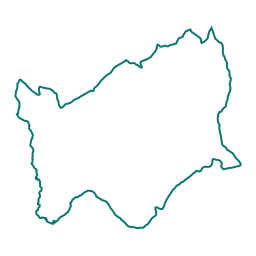 Kimilili, Western, Kenya (Robinson projection)
{"feature_id": "3690345B99583391945286", "entity_name": "Kimilili", "entity_type": "district", "adm_level": 2, "iso_a3": "KEN", "parent_name": "Kenya", "parent_adm1": "Western", "projection": "robinson", "projection_center": [34.729, 0.788], "detail": "fine", "context": "isolated", "style": "outline", "palette": "teal", "viewbox_px": 256, "rotation_deg": 0, "n_neighbors": 0, "source": "geoboundaries", "source_scale": "gbopen_adm2", "svg_char_len": 5722}
<svg xmlns="http://www.w3.org/2000/svg" viewBox="0 0 256 256"><path d="M36.2,213.0L36.8,214.7L37.9,215.4L38.9,216.4L39.6,217.8L41.0,218.2L41.9,217.5L43.2,217.6L44.5,218.0L45.8,218.0L45.5,219.4L46.8,219.9L46.7,221.1L47.9,222.0L49.2,222.6L50.7,222.9L51.6,223.5L52.8,223.8L53.4,221.0L54.7,221.1L55.0,222.5L56.2,221.4L58.1,220.2L58.7,218.7L60.0,217.8L60.9,216.7L62.0,216.4L64.1,215.2L65.2,214.2L66.7,213.1L68.2,211.7L69.6,209.0L70.9,205.6L70.7,204.3L70.2,203.2L71.5,201.8L72.2,200.2L72.9,199.4L73.8,198.9L74.5,198.0L75.7,197.2L77.3,197.4L79.6,195.7L81.0,195.3L82.2,194.4L83.0,193.4L84.0,192.7L85.2,192.0L86.6,191.4L87.5,190.8L89.0,190.7L90.4,191.0L91.7,191.0L93.3,192.0L94.4,192.9L95.3,194.1L96.0,195.5L96.4,196.7L97.6,197.1L99.5,198.6L100.7,199.0L101.5,199.8L102.6,200.3L104.0,200.6L106.3,201.7L107.2,202.5L107.8,203.7L108.7,204.4L110.0,207.2L110.9,208.6L111.9,209.6L113.0,211.3L113.9,212.4L115.5,215.4L116.8,215.8L117.7,216.7L118.8,217.5L120.1,218.0L121.7,220.1L122.7,220.8L125.6,223.4L126.8,224.9L128.0,226.0L129.3,226.7L132.0,227.2L133.8,227.2L136.7,228.0L137.9,228.1L139.3,228.0L140.5,227.6L143.0,227.8L144.5,226.7L145.9,225.2L147.2,224.5L148.2,223.8L148.8,222.6L150.7,220.2L152.2,217.9L154.5,216.4L155.9,215.3L156.3,213.5L156.0,211.1L155.5,209.3L155.3,207.8L156.3,207.2L157.7,207.7L158.8,208.4L159.9,208.8L161.0,209.1L162.4,208.9L163.5,207.3L164.3,205.5L164.7,203.8L165.3,202.2L166.3,200.4L166.8,199.4L168.8,196.1L169.6,194.8L170.4,193.9L171.9,191.3L172.9,189.8L174.1,188.9L175.4,187.6L176.3,186.1L177.6,185.1L178.7,184.8L179.8,183.9L180.5,182.8L181.7,182.3L182.9,181.9L184.0,181.0L185.5,179.6L189.5,176.7L190.6,175.9L192.8,173.8L194.8,172.4L196.3,170.9L197.9,171.1L199.0,171.5L200.4,171.1L201.2,170.3L202.0,168.6L203.3,167.2L204.8,166.8L206.2,166.8L208.5,166.9L210.0,166.6L211.1,165.5L211.8,164.4L212.3,163.2L212.5,160.3L213.0,159.1L214.3,159.2L218.0,160.1L219.3,160.3L221.3,162.2L221.8,163.6L221.7,164.9L221.2,165.9L221.6,167.1L222.4,168.3L223.5,169.3L228.8,168.1L231.4,167.8L236.3,166.6L239.4,165.9L240.6,165.2L240.6,163.5L239.5,162.0L238.5,160.5L236.4,158.7L235.6,157.6L233.1,153.7L232.0,152.7L229.9,151.5L228.9,150.7L227.8,150.2L226.7,149.3L226.2,148.1L225.2,146.8L224.1,146.3L223.2,145.7L222.2,144.6L221.9,143.0L221.7,140.9L221.1,139.2L221.2,138.1L221.1,136.7L219.8,131.8L219.6,129.9L219.2,128.3L219.6,125.4L218.9,124.0L218.4,122.6L217.9,121.5L217.8,119.8L217.7,118.1L218.1,116.6L218.0,114.5L218.9,113.3L219.3,112.1L220.4,111.9L221.3,111.5L222.0,110.5L222.9,108.8L224.2,107.6L225.1,106.9L225.9,106.2L226.2,103.3L226.5,102.3L227.0,100.7L227.7,99.4L227.8,97.7L227.7,96.5L228.2,95.4L229.0,94.0L229.3,92.4L230.1,91.2L230.1,89.8L230.5,88.5L230.2,86.4L229.7,84.7L229.8,83.4L230.3,81.9L230.7,79.7L230.9,78.3L230.2,77.2L229.5,76.2L229.5,72.9L229.3,71.3L228.6,70.1L227.5,68.9L227.0,66.9L226.9,65.4L227.1,64.2L227.1,62.9L226.5,61.7L225.1,59.1L224.8,57.5L224.1,56.5L223.6,55.4L222.8,52.7L222.8,51.0L223.0,49.5L222.8,47.8L222.8,46.2L222.3,44.5L221.1,42.8L219.7,42.5L218.6,42.0L217.7,40.7L216.7,39.8L215.4,38.9L215.1,37.7L214.4,36.5L213.5,33.4L213.1,32.4L212.7,30.8L211.8,29.4L211.5,27.9L210.0,30.3L209.2,31.7L208.5,34.1L207.8,37.7L207.1,39.0L204.6,41.6L203.1,42.3L201.7,43.0L201.2,41.8L200.9,39.3L200.0,37.9L194.1,33.6L192.2,32.4L190.9,31.0L190.3,29.5L187.8,30.6L186.0,31.2L184.9,32.6L184.0,34.1L183.1,35.2L182.7,36.8L181.3,37.4L179.9,37.8L178.9,38.3L178.0,39.4L177.7,40.5L176.9,41.7L176.4,43.2L175.1,43.9L169.8,45.2L168.8,45.9L167.9,46.4L165.0,45.7L163.9,45.8L162.1,46.6L161.0,46.8L159.9,46.4L158.8,45.2L157.6,44.7L156.8,46.2L156.9,47.9L156.5,49.2L155.7,50.6L154.4,52.4L150.7,57.0L148.6,58.4L146.9,59.3L141.9,61.2L140.8,61.8L140.5,63.0L140.8,64.5L141.5,66.1L141.9,67.3L140.7,67.5L139.4,66.6L138.0,65.3L136.2,64.6L135.0,63.5L133.7,63.0L131.0,63.3L129.6,63.1L128.3,61.5L126.9,61.0L126.1,60.1L125.0,61.1L121.3,63.4L117.2,65.6L115.1,67.0L113.4,68.7L110.8,72.6L109.3,73.7L107.5,74.7L106.4,75.6L105.2,76.7L104.4,77.3L102.7,79.0L101.2,80.6L100.4,81.6L98.9,83.8L98.1,84.7L97.0,85.9L94.5,87.9L93.8,89.1L93.5,90.9L92.4,91.2L91.1,90.7L89.5,91.4L84.5,94.3L81.4,96.0L78.1,98.1L75.0,99.4L74.1,99.9L72.9,101.0L71.1,102.3L70.1,102.9L68.2,103.6L66.6,103.8L65.4,104.3L64.3,105.3L63.2,106.7L61.9,107.5L60.8,107.9L59.1,105.5L58.7,103.9L58.5,102.7L58.4,101.2L57.8,100.4L57.2,98.8L57.1,96.8L56.8,95.0L56.1,93.3L54.6,92.9L53.8,91.7L51.3,89.7L50.0,88.9L48.4,88.6L47.1,88.6L45.7,88.1L43.2,87.7L40.7,86.9L39.4,87.0L38.9,88.8L39.1,90.8L39.5,92.7L39.8,94.3L38.6,94.9L37.2,94.5L35.2,93.1L33.7,92.0L32.6,91.3L31.3,90.1L28.6,87.6L26.8,85.6L26.1,84.5L25.0,83.4L22.7,82.0L21.6,80.6L20.6,79.7L19.5,80.0L19.0,81.4L18.3,82.8L17.4,83.6L17.4,86.9L16.9,89.1L15.9,91.9L15.7,93.4L15.6,94.6L15.4,95.9L16.4,98.0L18.5,100.8L19.3,102.4L19.6,103.9L19.3,105.2L19.7,106.4L19.1,107.3L19.0,108.5L18.3,110.1L18.3,111.9L18.1,113.6L16.9,114.3L17.7,115.8L18.6,117.1L19.8,118.3L20.9,118.7L21.9,119.4L23.3,120.0L24.5,120.8L26.9,121.0L28.1,122.0L28.6,123.5L29.1,124.6L29.5,125.9L29.0,127.3L29.2,128.8L30.0,129.9L31.1,130.9L31.5,132.2L32.0,133.2L32.7,134.2L32.8,135.4L32.6,136.7L32.1,138.0L31.8,139.3L31.1,140.2L30.7,143.3L30.3,145.0L30.6,146.2L31.7,147.0L32.7,148.3L33.4,150.1L33.2,151.6L32.8,153.0L32.5,154.5L32.7,156.2L32.3,158.8L32.9,159.8L32.4,161.1L32.2,162.7L31.6,163.8L33.3,165.8L33.9,167.4L35.0,168.6L36.1,169.2L36.7,170.6L36.3,171.9L36.6,173.1L37.2,174.5L37.1,175.6L36.2,176.6L35.6,177.9L36.1,179.0L37.2,178.5L38.0,179.9L39.2,179.8L39.6,181.0L40.2,182.1L39.9,183.3L40.3,184.8L40.0,186.0L40.6,187.1L41.7,188.2L41.7,189.8L41.1,190.9L40.1,191.4L39.4,192.2L39.3,193.8L39.9,194.9L40.0,196.7L38.9,198.3L38.5,200.1L38.5,201.9L38.0,203.1L38.1,204.3L39.5,204.6L39.8,206.4L38.6,207.5L38.2,208.6L37.9,210.1L36.2,211.0L36.2,213.0Z" fill="none" stroke="#0f766e" stroke-width="2"/></svg>